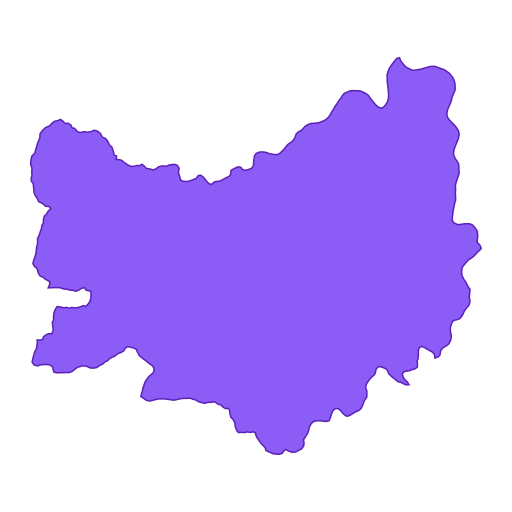 outline of Abaeté, Minas Gerais, Brazil
{"feature_id": "56859067B88957434104032", "entity_name": "Abaeté", "entity_type": "district", "adm_level": 2, "iso_a3": "BRA", "parent_name": "Brazil", "parent_adm1": "Minas Gerais", "projection": "robinson", "projection_center": [-45.377, -19.097], "detail": "fine", "context": "isolated", "style": "filled", "palette": "violet", "viewbox_px": 512, "rotation_deg": 0, "n_neighbors": 0, "source": "geoboundaries", "source_scale": "gbopen_adm2", "svg_char_len": 5959}
<svg xmlns="http://www.w3.org/2000/svg" viewBox="0 0 512 512"><path d="M434.9,358.0L438.3,356.9L440.0,354.9L440.6,350.8L442.7,348.0L446.3,345.8L448.9,343.8L450.4,340.7L451.2,337.8L451.3,335.2L450.5,332.1L450.3,328.1L451.1,324.7L452.2,322.1L454.1,320.3L456.6,319.8L459.9,318.6L462.4,315.3L464.3,311.2L466.8,307.7L469.2,304.9L470.0,301.1L469.3,297.4L470.0,289.3L468.2,286.9L465.8,282.1L464.0,279.6L461.9,275.4L461.6,270.9L462.4,267.1L464.8,264.0L468.5,259.8L471.0,258.3L473.4,256.6L477.9,251.8L479.8,250.1L481.3,248.3L479.9,245.1L477.1,242.2L477.7,235.9L477.4,231.7L476.2,229.3L474.7,227.4L472.3,224.8L469.7,223.8L467.4,223.7L464.4,223.8L458.2,224.7L455.8,223.8L453.3,222.4L452.1,219.5L453.2,210.6L453.9,207.4L454.5,204.0L455.6,200.1L455.6,196.4L455.3,193.4L455.6,189.2L455.4,186.0L455.8,183.5L459.1,173.4L458.7,164.1L457.4,161.7L455.3,158.7L453.5,154.6L453.8,150.7L454.9,147.1L458.4,138.5L459.2,134.5L458.6,131.2L457.3,128.8L455.4,126.2L448.9,119.5L447.3,116.7L446.8,113.7L447.6,109.8L449.0,106.2L450.4,103.4L451.5,100.3L451.9,97.6L455.2,89.7L455.0,83.7L454.1,80.3L452.8,77.7L451.2,75.4L449.2,73.2L444.5,69.8L434.6,66.3L431.1,66.4L428.6,66.9L421.0,69.1L415.4,70.1L412.6,70.3L407.1,67.8L404.9,66.0L403.0,63.9L400.7,60.8L399.5,57.7L396.6,58.5L392.6,63.5L389.6,67.8L388.1,71.2L387.1,74.9L387.2,81.3L388.1,88.6L388.6,94.9L388.5,98.2L387.5,101.7L385.4,105.1L382.6,107.9L379.7,107.9L377.3,106.3L374.9,104.0L371.0,99.1L368.1,95.1L365.6,93.4L362.9,92.0L360.0,90.9L353.8,90.6L350.0,90.9L344.4,93.3L342.5,95.4L341.2,97.7L339.1,100.4L336.8,104.0L335.1,106.2L333.7,109.0L331.6,112.1L330.1,114.9L328.4,117.2L326.6,119.0L324.3,120.5L321.4,121.8L318.4,122.8L315.1,123.2L310.8,123.5L308.1,124.5L305.5,126.0L301.2,130.5L298.3,131.9L296.2,134.0L294.7,138.1L292.3,141.4L289.8,143.0L287.6,144.7L283.9,149.3L279.9,153.3L277.4,154.6L273.9,154.5L269.3,153.6L265.7,152.3L262.7,151.9L259.2,152.1L256.1,153.5L254.4,156.1L253.7,161.3L253.4,165.4L252.0,168.0L248.6,169.5L245.1,170.4L242.3,169.3L240.8,167.3L238.0,166.8L234.7,168.3L231.1,170.3L230.8,173.4L229.9,175.8L222.4,179.8L219.4,181.2L216.8,181.4L213.9,182.1L212.0,184.3L209.2,183.9L206.8,181.5L205.2,179.3L203.1,176.9L200.7,175.2L198.2,175.6L196.2,178.4L189.1,181.2L186.3,181.5L183.0,181.3L180.7,180.1L179.7,176.6L178.4,172.6L179.1,168.4L177.5,165.5L175.2,164.5L172.0,164.5L169.6,164.9L166.5,166.2L162.4,165.9L158.6,166.8L155.7,169.0L152.8,170.0L150.0,168.9L146.3,168.4L144.4,166.2L141.9,164.3L139.4,165.7L137.0,165.5L134.6,166.2L131.3,166.5L127.8,164.9L124.4,162.6L121.4,160.2L118.6,159.6L116.2,159.6L116.6,156.1L114.3,155.1L113.4,151.6L111.9,147.1L109.4,145.1L108.1,141.8L105.6,138.5L102.2,137.1L100.5,133.6L97.6,131.2L94.1,130.2L91.4,131.6L86.7,132.2L83.7,131.6L81.0,132.5L78.3,132.2L76.2,130.3L74.7,128.3L72.2,128.0L71.0,125.2L68.2,123.3L65.0,123.4L63.0,121.2L60.4,119.4L57.6,120.7L54.4,121.3L51.6,123.6L49.6,125.9L45.6,127.5L42.2,130.8L40.0,133.9L39.8,138.0L37.5,143.4L36.7,146.6L35.5,150.3L34.7,153.5L32.0,155.8L31.0,159.7L30.7,164.4L32.0,168.6L31.7,172.3L32.0,175.0L31.2,178.2L31.3,181.1L33.2,183.6L34.1,192.8L35.4,195.7L37.2,198.4L38.7,201.7L41.5,202.9L43.6,204.3L45.5,206.3L48.8,206.4L50.8,208.7L47.9,211.5L46.6,214.0L44.3,216.2L43.4,219.6L43.4,223.0L41.9,225.4L41.5,228.2L40.5,231.1L39.2,235.1L37.5,238.7L37.6,243.5L36.7,246.6L36.0,252.7L35.2,256.3L33.8,259.8L32.9,263.7L34.7,266.6L37.0,268.5L37.8,271.3L38.7,274.0L40.3,276.1L43.3,277.3L45.3,279.3L47.6,280.4L49.8,281.8L49.6,284.5L48.2,287.9L54.1,287.6L60.3,287.7L63.6,289.0L67.4,289.3L69.6,290.1L72.6,290.3L75.7,291.2L78.5,290.2L81.6,288.3L84.6,287.7L86.1,290.2L90.7,291.2L91.1,294.5L90.9,297.7L90.1,301.1L88.0,304.2L85.6,306.5L83.4,305.6L78.8,307.4L76.4,307.8L74.0,307.8L71.7,307.4L69.4,308.2L66.2,307.4L63.7,307.8L60.6,307.0L57.2,306.5L55.4,309.1L54.0,312.6L53.5,316.8L53.6,320.0L52.3,322.4L53.2,330.2L51.6,333.9L48.7,333.6L46.1,334.8L43.6,336.7L42.5,339.4L40.2,340.1L37.2,339.9L37.3,343.1L36.5,348.5L34.6,352.1L32.8,358.7L32.1,362.0L34.1,365.0L37.6,365.9L40.4,364.9L43.4,364.6L46.7,364.5L49.7,364.9L52.4,366.5L53.9,372.2L56.9,372.8L69.6,372.5L72.5,371.2L77.4,367.3L82.8,365.8L86.5,366.2L90.3,368.0L93.4,368.1L96.6,367.6L99.5,365.6L103.0,363.8L105.0,361.9L107.7,360.6L109.9,358.4L112.5,357.0L114.7,356.2L118.0,353.5L120.8,352.6L123.6,351.0L125.4,348.0L127.9,346.6L133.8,348.0L136.2,349.3L137.5,352.2L139.2,355.5L142.5,358.3L145.8,360.7L148.0,362.6L152.5,365.9L153.8,367.9L154.1,371.1L152.8,373.1L148.9,376.5L146.8,379.3L145.2,381.7L143.0,387.7L142.5,390.8L141.5,393.4L140.9,396.5L146.7,400.5L150.1,401.0L158.3,398.9L164.4,398.9L173.9,400.2L181.9,398.5L190.5,398.2L192.7,399.2L195.6,399.9L198.6,401.7L201.8,402.7L204.9,403.3L207.8,402.3L211.1,402.4L214.6,401.7L217.7,404.0L221.2,405.1L222.8,407.0L225.4,408.5L228.5,408.5L229.8,410.8L229.9,413.5L230.8,417.1L233.1,419.5L234.8,422.6L235.3,426.9L236.9,430.7L238.5,432.6L241.3,432.3L244.3,432.6L247.4,431.9L250.3,432.4L253.0,431.9L255.3,432.6L255.9,435.3L257.5,438.5L261.2,443.6L263.2,445.6L265.2,447.8L265.9,450.5L273.2,453.8L279.1,454.3L282.3,453.3L283.8,451.0L285.7,449.4L287.7,450.6L292.0,452.3L295.6,452.0L301.6,448.9L303.8,445.8L304.0,442.7L303.5,439.6L305.1,437.4L307.7,433.2L308.7,430.4L309.4,427.0L310.8,424.3L313.0,421.8L316.6,420.8L320.7,420.8L326.1,421.5L329.0,420.8L330.5,417.5L331.2,414.8L332.2,412.2L333.6,409.8L335.7,408.6L338.2,408.6L340.6,410.6L343.3,413.8L345.4,415.6L347.5,416.3L350.3,415.1L356.3,411.5L358.8,410.5L361.0,408.7L362.8,404.9L364.3,400.7L366.8,397.1L366.9,391.4L365.6,387.1L366.7,383.5L368.8,380.5L370.3,378.5L374.5,374.6L375.5,372.2L376.1,369.1L378.3,366.7L380.8,366.8L383.2,367.6L386.9,369.4L388.6,373.5L391.5,376.5L398.0,381.7L401.4,382.6L404.1,384.1L406.4,384.9L409.0,384.7L407.3,381.9L404.5,379.3L402.9,376.5L402.3,373.7L404.4,371.5L409.6,370.7L411.7,369.7L414.7,369.0L417.3,367.2L417.5,363.9L417.1,361.1L418.1,358.3L418.4,354.7L418.3,351.4L419.1,348.0L421.4,346.4L424.3,347.4L426.8,349.0L432.6,352.2L434.4,354.5L434.9,358.0Z" fill="#8b5cf6" stroke="#5b21b6" stroke-width="1.5"/></svg>